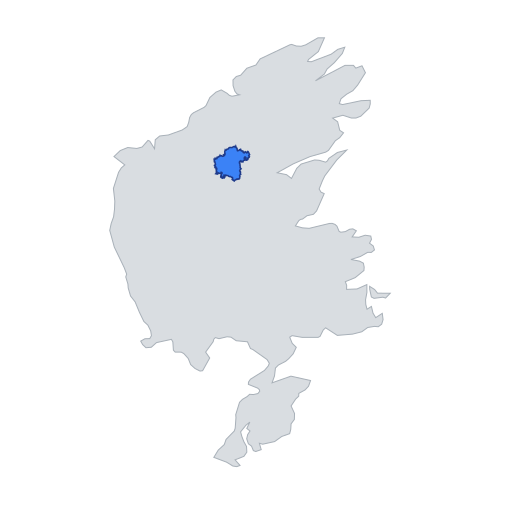 Cashel-Tipperary Lea-7, South Tipperary, Ireland (highlighted), rotated 170°
{"feature_id": "5873133B11959666540716", "entity_name": "Cashel-Tipperary Lea-7", "entity_type": "district", "adm_level": 2, "iso_a3": "IRL", "parent_name": "Ireland", "parent_adm1": "South Tipperary", "projection": "orthographic", "projection_center": [-8.111, 52.526], "detail": "fine", "context": "in_parent", "style": "filled", "palette": "blue", "viewbox_px": 512, "rotation_deg": 170, "n_neighbors": 0, "source": "geoboundaries", "source_scale": "gbopen_adm2", "svg_char_len": 8908}
<svg xmlns="http://www.w3.org/2000/svg" viewBox="0 0 512 512"><g transform="rotate(170 256 256)"><path d="M317.3,80.6L307.8,87.4L306.4,90.0L303.8,100.3L303.5,103.3L297.6,114.8L294.2,117.2L289.1,119.1L286.3,120.9L282.6,120.0L278.0,120.2L275.8,122.2L275.9,123.8L277.3,125.6L285.8,130.9L285.3,133.1L282.9,135.6L267.6,141.8L263.1,145.5L261.5,148.0L263.1,152.1L275.4,164.5L277.5,165.8L279.3,173.0L290.2,176.0L294.7,180.4L298.5,181.5L306.8,181.0L310.2,182.7L312.0,181.4L313.1,179.0L322.3,170.1L319.3,163.6L328.5,152.3L331.1,152.4L335.5,155.7L339.2,160.4L340.5,166.8L344.0,172.4L346.3,174.3L352.3,175.4L353.7,177.6L352.8,185.9L353.8,188.6L369.0,188.0L375.0,184.3L380.3,184.8L383.0,188.4L384.3,192.2L379.8,193.8L375.0,193.1L372.8,195.7L372.7,200.5L374.5,206.7L377.8,211.0L380.6,220.9L383.0,231.8L386.5,238.4L387.4,246.7L387.0,250.7L387.9,258.0L386.5,260.6L387.8,267.4L394.0,289.4L395.6,306.6L393.0,313.1L389.4,319.4L387.2,326.7L385.5,334.6L384.7,347.3L376.8,362.3L373.4,366.1L369.4,368.5L378.6,378.6L371.4,383.4L363.5,385.1L354.7,382.6L349.2,383.1L342.3,388.6L340.7,387.6L337.3,379.2L335.0,388.0L330.0,390.9L321.3,390.4L306.8,392.9L301.3,395.4L299.0,399.4L297.3,403.9L295.1,406.6L292.5,408.0L281.3,411.4L279.1,412.8L273.9,420.1L267.0,424.3L261.4,425.6L256.3,421.3L254.3,418.8L251.9,417.5L244.2,417.6L246.7,419.0L248.2,422.0L249.0,427.7L248.1,433.4L244.2,436.2L239.7,436.7L232.4,442.5L222.9,444.1L217.7,449.4L186.0,458.1L184.2,458.2L179.8,455.8L175.1,454.7L170.4,455.3L157.1,460.1L150.7,459.0L159.1,446.5L170.2,440.4L171.4,438.6L167.8,437.7L146.9,441.7L139.6,445.3L132.3,446.2L135.8,440.5L145.3,432.8L153.5,427.8L157.1,423.3L167.0,418.2L135.2,428.3L126.9,426.8L125.1,423.7L118.6,424.9L116.4,417.5L126.2,406.7L131.9,402.0L138.6,399.6L145.0,396.1L147.5,391.6L144.5,390.1L125.5,390.7L116.5,389.5L117.1,385.9L118.9,382.0L128.5,375.5L133.6,374.5L138.1,375.3L146.0,379.5L156.6,378.5L152.3,374.0L151.7,365.2L148.4,362.1L152.9,358.1L157.9,355.7L166.3,347.4L169.3,346.2L185.6,344.5L203.2,340.3L220.7,334.3L211.8,330.8L207.6,326.2L200.6,335.3L195.6,338.7L181.6,340.4L177.2,339.3L171.1,336.3L169.1,337.3L167.3,339.5L157.9,343.8L148.2,344.6L159.7,336.6L174.3,323.0L177.5,318.6L182.2,311.0L180.9,307.6L178.0,305.6L188.5,289.9L192.2,287.1L198.8,286.8L203.7,284.3L205.8,284.3L207.7,283.4L212.0,278.8L205.5,275.7L198.8,274.0L178.0,275.3L175.3,274.9L172.7,273.4L171.1,271.3L169.9,265.9L168.4,264.7L163.8,264.5L159.1,266.1L155.9,265.9L152.8,263.4L158.0,258.1L151.5,256.6L144.9,257.5L139.5,255.7L139.4,252.3L142.0,248.9L138.8,245.5L138.3,241.4L141.8,239.5L145.5,240.2L153.3,237.4L163.1,236.1L154.8,232.9L151.5,230.3L151.4,226.3L152.2,223.0L162.0,217.5L172.5,215.2L171.8,211.4L172.6,207.4L162.2,206.0L151.8,208.6L153.1,200.9L155.7,193.9L156.3,189.3L155.9,184.3L151.1,186.3L150.7,179.4L148.8,174.5L141.6,177.6L141.9,171.3L144.1,167.0L147.9,165.1L151.5,166.1L158.4,166.2L165.0,163.0L174.5,162.3L189.7,163.7L199.9,173.2L202.6,171.5L206.9,165.7L208.9,165.1L224.5,167.8L234.3,171.3L236.9,170.2L235.5,163.7L232.2,159.1L236.4,153.2L241.6,149.2L245.0,147.2L252.9,144.7L256.3,142.3L258.6,134.7L262.2,128.3L242.5,131.6L223.9,123.9L226.9,118.6L230.9,115.6L237.7,113.3L238.3,110.5L241.8,108.2L247.5,102.2L245.4,94.2L246.6,88.4L250.6,84.6L251.9,79.2L253.7,75.2L262.0,73.8L269.9,70.0L282.1,69.5L285.2,71.0L284.5,64.4L290.2,63.5L292.4,64.8L293.4,69.5L296.1,72.4L296.9,77.6L295.2,81.6L292.3,84.7L295.0,87.8L290.9,93.5L295.3,91.1L301.7,85.5L301.3,80.9L300.2,75.2L298.4,70.1L299.1,64.4L302.7,60.8L312.0,58.9L308.1,52.5L311.5,51.9L315.3,53.2L320.8,58.1L332.5,65.0L326.9,71.4L320.0,75.8L317.3,80.6ZM149.8,203.4L149.4,206.4L145.0,202.4L142.8,198.3L130.3,196.0L135.7,192.1L138.2,193.4L147.1,193.8L149.5,195.6L149.8,203.4Z" fill="#d9dde1" stroke="#a8b0b8" stroke-width="1"/><path d="M258.6,367.7L260.3,367.2L260.5,367.0L261.6,367.1L262.1,367.3L262.4,367.3L262.9,367.4L263.4,367.4L263.7,367.3L264.1,367.0L264.4,366.6L264.5,366.4L265.1,366.2L266.0,366.3L266.7,365.6L267.2,365.4L267.4,365.5L267.8,365.6L267.9,365.8L268.7,364.1L268.7,363.7L268.8,362.9L268.7,362.0L269.0,362.0L268.9,362.0L268.9,361.9L269.1,361.9L269.1,361.7L269.6,361.5L269.6,361.3L269.8,361.3L269.4,360.9L269.4,360.7L269.8,360.5L270.3,360.7L270.3,360.2L270.5,360.0L271.9,360.0L272.0,360.1L272.0,360.3L272.3,360.7L272.5,360.8L273.1,360.8L273.4,361.0L273.5,360.8L273.8,360.9L273.9,361.0L274.0,361.3L274.2,361.0L274.1,360.7L274.3,360.6L274.9,360.6L275.1,360.4L275.5,360.3L275.5,360.1L277.0,360.0L276.9,359.6L277.5,359.4L277.6,358.7L277.8,358.7L277.8,358.8L278.2,358.9L278.3,359.1L278.5,359.1L278.8,358.9L279.0,359.2L279.0,359.3L279.3,359.4L279.4,358.9L279.3,358.4L279.8,358.3L280.4,358.6L280.5,358.1L280.4,358.1L280.3,357.8L280.3,357.7L280.4,357.2L280.4,356.7L280.7,356.1L280.2,355.8L280.3,355.6L280.2,355.1L280.0,354.8L280.1,354.4L280.0,354.0L280.1,353.6L280.0,353.4L280.0,353.1L280.2,352.8L280.6,352.8L280.7,352.6L281.1,352.5L281.1,352.2L280.9,352.2L280.8,351.9L280.9,351.7L281.0,351.7L280.9,351.5L280.8,351.3L280.9,351.2L280.7,351.3L280.6,351.1L280.4,351.2L280.2,351.0L280.2,350.7L280.4,350.5L280.6,350.6L280.7,350.4L281.0,350.2L280.8,350.0L280.7,349.7L280.4,349.7L280.3,349.8L280.0,349.9L279.9,349.7L280.0,349.6L279.5,349.2L279.8,348.9L279.8,348.6L280.2,348.1L279.9,347.8L280.1,347.7L280.2,347.2L280.3,346.8L280.1,346.7L280.0,346.0L280.4,346.1L280.4,345.7L280.5,345.3L281.0,344.2L281.3,344.0L280.0,343.4L279.7,343.9L279.3,343.6L279.1,343.6L279.0,344.0L278.8,344.5L278.2,344.1L276.7,343.3L276.6,343.5L276.6,343.8L275.9,343.9L275.7,344.4L275.7,344.6L275.3,344.6L275.2,344.8L275.3,344.3L275.3,344.2L275.1,344.1L275.2,343.8L275.2,343.6L275.1,343.3L275.2,343.2L275.3,343.1L275.6,342.9L276.1,342.2L276.1,341.8L276.0,341.7L276.1,340.9L276.3,340.8L276.8,340.9L277.0,340.1L276.3,339.9L276.6,339.3L276.2,339.0L275.7,338.9L275.8,338.6L275.5,338.4L275.2,338.6L275.1,338.8L275.1,339.0L274.9,339.4L274.6,339.6L274.4,339.4L274.0,339.4L274.2,339.0L273.9,338.7L273.9,338.4L273.7,338.4L273.6,338.8L273.4,339.1L272.9,339.3L273.2,339.8L273.2,340.0L273.2,340.3L273.7,340.4L273.6,340.9L273.3,340.8L273.2,341.1L272.9,340.8L272.6,340.6L272.0,340.6L271.8,340.5L271.6,340.9L270.7,340.3L269.7,340.1L269.1,339.3L268.7,339.0L268.0,338.7L267.4,338.8L266.4,337.7L265.9,337.7L265.5,337.3L265.5,336.9L265.5,336.7L265.6,336.3L265.8,335.9L265.9,335.5L266.0,335.5L265.8,335.2L265.2,334.9L264.9,334.2L265.0,334.2L264.4,333.6L263.9,334.1L263.8,334.3L263.5,334.3L263.1,334.5L262.9,334.5L262.4,334.8L262.2,334.7L261.9,334.7L261.9,334.8L261.7,334.9L261.6,335.1L261.4,335.1L261.0,335.1L260.9,335.0L260.7,335.0L260.6,334.8L260.3,334.8L260.1,335.0L260.0,334.9L259.8,334.8L259.6,334.9L259.4,334.7L259.1,334.9L259.2,335.0L258.9,335.3L258.7,335.3L258.6,335.6L258.4,336.1L258.4,336.3L258.0,337.1L258.2,337.6L258.2,338.2L258.1,338.4L257.7,338.5L257.5,338.8L257.3,339.1L257.0,339.2L257.0,339.4L256.9,339.4L257.1,339.9L257.1,340.5L256.9,340.6L256.7,341.0L256.7,341.8L257.2,342.1L257.3,342.7L257.1,342.8L257.0,343.4L256.6,343.7L256.4,343.8L256.3,344.1L255.7,344.4L255.8,344.5L255.6,344.6L255.6,344.8L256.0,345.2L256.2,345.6L256.3,345.8L256.2,346.0L256.2,346.4L256.0,346.5L255.8,346.8L255.6,346.9L255.8,346.9L255.9,347.1L255.9,347.4L256.0,347.6L256.1,348.3L255.9,348.6L255.9,348.8L255.8,349.6L256.1,349.9L256.2,350.7L256.1,350.8L255.9,351.2L255.9,351.6L255.8,351.8L255.5,351.7L255.5,352.0L255.1,352.1L254.8,352.1L254.4,352.4L254.3,352.2L254.3,351.6L254.1,351.3L253.7,351.4L253.5,351.2L253.3,351.6L252.4,351.1L252.2,351.7L252.2,351.8L251.8,352.1L251.2,352.5L250.8,352.3L250.3,352.8L249.8,352.8L249.8,353.1L250.0,353.1L250.2,353.4L250.2,353.9L250.5,354.1L250.6,354.3L250.4,354.3L250.3,354.5L250.2,354.5L250.0,355.1L249.9,355.2L249.9,355.4L249.6,355.5L249.2,355.2L249.0,354.8L248.9,354.7L249.2,354.4L249.5,354.0L249.5,353.9L249.5,353.6L249.2,353.7L249.2,353.4L249.0,353.5L249.0,353.4L249.0,353.1L249.2,352.9L249.1,352.7L249.2,352.3L249.2,352.0L248.8,352.0L248.6,352.0L248.3,352.1L247.6,352.2L247.5,352.3L247.6,352.5L247.7,352.8L247.1,353.0L247.2,353.4L247.2,353.6L246.8,354.0L246.5,353.8L246.3,353.9L246.2,354.2L245.6,354.4L245.6,354.6L245.5,354.9L245.3,355.0L245.6,355.5L245.7,355.9L245.6,356.0L245.7,356.3L245.2,356.5L244.7,356.9L244.8,357.1L244.9,357.6L245.0,357.9L245.1,358.6L245.4,359.6L245.5,359.6L245.6,360.0L245.9,360.4L246.3,360.1L246.5,359.5L246.9,359.2L247.2,359.1L247.9,360.1L248.1,360.1L248.2,360.4L249.5,359.7L249.7,360.2L250.2,359.7L250.1,359.9L250.4,359.9L250.6,360.2L250.4,360.5L250.6,360.8L250.6,361.0L250.8,361.3L250.7,361.6L250.8,361.8L251.6,361.7L252.0,362.1L252.5,362.4L252.7,363.0L252.5,363.3L252.6,363.8L253.4,363.6L253.5,363.6L253.5,363.3L253.8,363.2L254.0,363.2L254.8,362.9L255.9,362.8L256.0,362.9L255.9,363.1L256.0,363.2L256.0,363.3L255.9,363.6L256.1,363.8L256.1,364.0L256.1,364.3L256.0,364.7L256.1,364.9L256.0,365.4L256.4,365.6L256.8,366.2L256.7,366.6L256.8,366.8L256.9,367.7L257.2,367.3L257.7,367.1L257.9,367.1L257.9,367.3L258.1,367.4L258.3,367.7L258.6,367.7Z" fill="#3b82f6" stroke="#1e3a8a" stroke-width="1.5"/></g></svg>